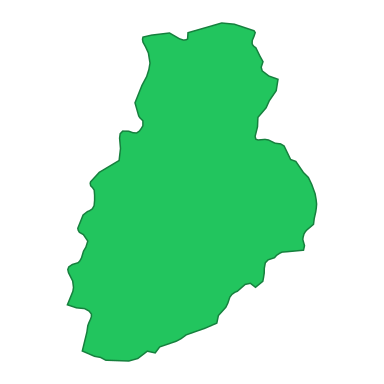 outline of Järva
{"feature_id": "EST-1656", "entity_name": "Järva", "entity_type": "County", "adm_level": 1, "iso_a3": "EST", "parent_name": "Estonia", "parent_adm1": "", "projection": "orthographic", "projection_center": [25.661, 58.953], "detail": "fine", "context": "isolated", "style": "filled", "palette": "green", "viewbox_px": 384, "rotation_deg": 0, "n_neighbors": 0, "source": "natural_earth", "source_scale": "10m", "svg_char_len": 1917}
<svg xmlns="http://www.w3.org/2000/svg" viewBox="0 0 384 384"><path d="M216.8,323.1L205.3,328.1L186.3,334.8L181.0,338.7L176.5,341.1L159.7,346.9L155.2,352.9L147.3,351.2L137.8,358.5L128.8,361.0L105.8,360.2L100.5,357.4L94.5,356.3L82.3,351.0L86.9,332.1L87.8,325.7L88.9,322.7L90.4,319.5L91.4,316.7L91.4,314.0L89.0,311.0L84.6,308.6L76.4,307.8L67.4,304.8L72.9,291.3L73.5,287.5L72.7,281.0L68.5,272.7L67.8,269.5L68.8,266.9L72.3,264.5L78.2,262.7L80.0,260.7L81.5,257.9L83.5,251.2L85.9,247.1L87.8,241.1L83.4,234.6L79.4,232.3L78.2,230.2L77.8,228.3L83.1,215.0L87.4,211.6L89.6,210.7L92.3,208.9L94.1,205.7L94.6,200.4L94.6,195.4L94.2,190.1L92.5,187.6L90.7,185.8L90.2,183.3L90.6,181.8L99.3,172.3L119.1,160.5L120.5,148.6L119.6,138.1L120.2,133.7L122.7,131.1L128.7,131.2L132.8,132.7L136.6,133.0L139.5,131.0L141.4,128.3L142.9,125.8L142.9,120.8L139.8,117.7L138.7,115.9L135.0,102.8L142.0,85.3L146.7,76.5L148.9,69.5L150.0,63.1L148.4,53.0L145.6,46.9L143.0,42.2L142.5,39.2L143.0,37.1L151.7,35.1L169.5,33.0L179.5,38.8L183.5,40.1L186.1,39.8L187.6,39.0L188.0,32.7L221.7,23.0L234.3,24.2L254.1,30.8L255.2,32.6L254.0,36.3L252.3,40.3L252.1,43.5L252.7,45.0L254.0,46.5L255.8,47.7L259.8,55.9L263.0,61.7L261.2,67.2L262.2,70.9L268.8,76.0L278.0,79.3L276.2,90.7L269.3,100.7L266.1,107.8L257.9,117.4L257.5,126.8L255.1,136.3L255.8,139.2L258.1,140.0L265.0,139.4L268.5,140.0L275.0,143.2L280.6,143.9L284.1,146.0L290.6,159.5L295.8,161.4L303.4,172.5L308.4,177.5L311.7,184.4L315.1,193.8L316.1,199.5L316.6,204.1L316.3,207.9L315.7,212.0L314.2,218.7L313.5,224.3L306.8,230.0L305.4,231.6L304.0,233.9L303.1,237.2L302.8,239.5L304.5,245.7L303.5,250.2L287.3,251.7L282.1,252.1L279.6,253.3L276.6,255.3L274.5,257.7L268.2,259.8L265.3,262.8L264.3,268.3L264.2,273.1L263.5,277.7L262.8,281.3L255.5,287.3L250.4,283.3L245.2,284.4L237.3,291.3L235.0,292.2L231.9,294.4L229.8,297.2L227.8,303.2L225.8,307.3L218.4,315.5L216.8,323.1Z" fill="#22c55e" stroke="#15803d" stroke-width="1.5"/></svg>